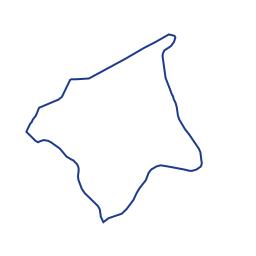 outline of San Antonio Ilotenango, Quiché, Guatemala, rotated 58°
{"feature_id": "79465075B34214096561703", "entity_name": "San Antonio Ilotenango", "entity_type": "district", "adm_level": 2, "iso_a3": "GTM", "parent_name": "Guatemala", "parent_adm1": "Quiché", "projection": "orthographic", "projection_center": [-91.208, 15.056], "detail": "fine", "context": "isolated", "style": "outline", "palette": "blue", "viewbox_px": 256, "rotation_deg": 58, "n_neighbors": 0, "source": "geoboundaries", "source_scale": "gbopen_adm2", "svg_char_len": 1145}
<svg xmlns="http://www.w3.org/2000/svg" viewBox="0 0 256 256"><g transform="rotate(58 128 128)"><path d="M194.8,198.8L194.2,192.2L197.4,178.6L195.9,171.8L191.8,161.3L188.2,155.9L186.6,153.0L185.0,149.7L181.7,140.5L176.9,134.2L175.5,130.2L175.7,124.2L176.9,120.2L179.6,117.0L183.0,113.2L184.9,111.1L193.3,102.0L196.8,98.6L198.2,96.6L199.5,92.1L199.3,87.1L198.8,85.9L197.0,84.1L193.2,82.4L187.0,79.5L183.0,78.9L166.9,79.5L158.9,80.3L147.8,80.0L144.0,79.1L136.1,75.6L132.1,74.4L127.4,73.9L125.0,73.0L122.5,73.0L118.6,72.1L105.5,69.6L85.1,60.5L83.4,59.0L81.5,56.1L81.3,48.2L79.3,43.3L76.4,39.9L74.5,39.8L73.3,40.8L70.3,43.8L69.6,59.9L68.6,71.8L67.9,93.6L65.3,134.9L59.0,146.5L56.7,150.2L56.5,151.5L66.6,167.6L66.8,169.6L67.1,171.7L63.7,192.7L68.8,199.7L70.3,204.1L72.2,206.9L72.3,208.2L75.8,213.9L77.4,216.2L90.0,213.2L92.5,211.8L92.6,209.8L93.5,206.0L96.5,202.6L99.3,200.9L109.4,196.7L119.6,195.3L124.9,192.6L126.7,191.4L128.8,191.1L130.9,190.5L132.4,190.5L134.5,190.7L136.2,191.4L138.0,192.4L142.3,195.9L145.6,197.5L155.0,199.4L160.4,199.2L178.4,194.8L182.2,195.1L188.9,198.1L194.8,198.8Z" fill="none" stroke="#1e3a8a" stroke-width="2"/></g></svg>